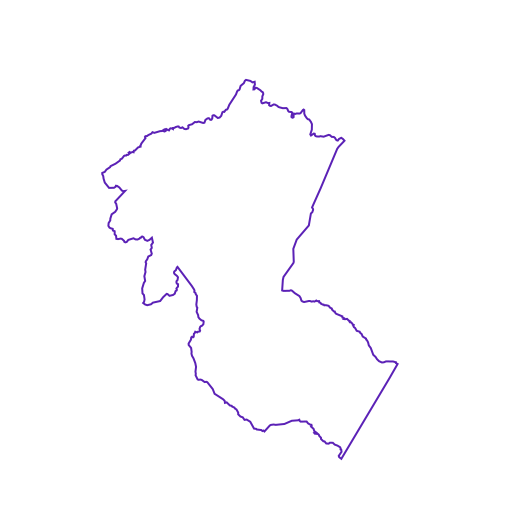 Alta Floresta, Mato Grosso, Brazil, rotated 116°
{"feature_id": "56859067B61506313751079", "entity_name": "Alta Floresta", "entity_type": "district", "adm_level": 2, "iso_a3": "BRA", "parent_name": "Brazil", "parent_adm1": "Mato Grosso", "projection": "albers", "projection_center": [-56.382, -10.043], "detail": "fine", "context": "isolated", "style": "outline", "palette": "violet", "viewbox_px": 512, "rotation_deg": 116, "n_neighbors": 0, "source": "geoboundaries", "source_scale": "gbopen_adm2", "svg_char_len": 6147}
<svg xmlns="http://www.w3.org/2000/svg" viewBox="0 0 512 512"><g transform="rotate(116 256 256)"><path d="M291.0,81.4L290.9,83.3L290.2,83.6L290.7,86.5L293.7,92.9L295.5,94.5L296.5,96.1L296.6,99.3L295.7,102.0L294.3,104.3L293.4,107.3L288.4,112.5L286.9,115.4L284.5,117.4L283.1,119.3L282.8,120.4L282.0,120.9L281.6,124.8L279.8,126.9L279.4,128.7L278.6,129.6L279.1,132.7L277.3,135.3L277.0,136.8L276.2,137.8L275.2,137.9L275.4,138.9L274.6,139.6L273.9,141.7L274.4,142.4L274.0,143.2L273.3,143.4L273.4,144.3L272.6,146.6L273.8,148.3L274.2,149.7L273.3,149.7L273.4,151.4L272.4,151.9L272.8,158.7L272.2,160.1L271.4,160.8L271.7,161.6L270.8,164.3L270.0,164.8L269.9,167.2L269.2,168.1L269.0,169.3L269.6,171.7L270.4,173.0L270.0,173.9L270.4,174.5L270.4,176.7L269.8,177.5L270.0,178.8L268.9,179.5L269.8,181.4L269.6,182.3L271.3,183.4L271.6,184.7L272.6,186.0L272.8,187.8L273.3,188.8L276.3,192.6L276.5,194.4L276.2,195.6L274.2,197.5L273.0,199.4L272.4,204.8L271.4,208.4L271.5,209.6L272.6,210.7L275.3,216.0L275.5,217.4L265.7,221.4L262.7,222.1L245.9,219.3L244.7,219.5L233.2,225.6L223.4,226.6L205.4,221.9L193.7,225.3L192.0,224.6L189.5,224.9L188.7,225.4L187.8,226.9L166.8,227.6L124.1,230.0L121.7,229.6L113.6,227.0L112.7,229.2L112.4,231.2L114.4,232.7L116.4,233.1L116.6,234.1L116.4,235.0L115.2,236.8L114.9,238.3L115.7,240.1L115.0,242.6L115.3,243.8L119.1,247.5L120.1,250.7L120.9,251.5L121.9,253.7L122.1,255.1L121.7,255.9L120.4,256.8L120.6,257.7L123.6,259.4L122.9,260.5L118.0,261.2L113.0,263.5L111.4,265.4L110.0,268.0L110.3,269.4L109.9,270.7L108.3,273.5L106.9,275.0L103.7,276.6L103.5,277.4L104.1,277.8L108.1,278.6L108.8,279.2L110.1,282.0L111.1,283.0L111.3,284.1L112.3,284.2L114.7,283.1L115.6,283.6L115.7,284.8L114.9,285.4L111.3,286.2L111.0,287.1L111.9,289.5L111.7,290.4L110.0,292.4L109.7,293.5L111.4,296.7L112.0,299.7L112.2,301.1L111.7,302.7L111.6,305.3L112.0,306.5L114.6,308.3L114.9,309.3L114.7,310.3L112.6,311.1L113.3,312.1L113.4,314.4L116.0,317.2L115.9,318.1L114.3,319.5L112.0,319.2L109.7,320.3L107.4,320.4L106.4,321.0L105.7,322.0L105.8,322.9L105.1,324.7L104.6,328.8L104.9,330.1L106.9,330.5L107.4,331.3L105.2,332.2L102.5,332.1L100.0,333.6L101.5,335.3L101.1,337.8L102.1,342.2L103.4,342.8L106.0,342.7L109.8,344.4L113.5,343.8L114.5,344.1L115.3,345.0L116.5,345.1L119.6,344.8L131.7,346.3L136.0,346.0L137.1,346.3L137.8,347.2L140.4,347.7L140.6,348.6L141.5,349.2L145.3,348.7L147.5,349.4L148.7,350.8L147.8,355.1L148.2,356.1L149.0,356.6L151.6,355.6L153.1,355.8L153.6,356.8L152.8,358.8L153.6,359.9L155.8,361.1L158.8,360.8L159.6,361.8L160.3,366.5L161.7,367.9L162.4,369.7L165.6,371.2L167.7,373.6L168.6,374.0L170.1,373.0L171.1,372.9L172.7,374.5L173.2,376.1L172.6,378.5L173.7,379.4L174.0,380.2L174.1,381.3L173.5,382.3L174.0,383.3L175.4,384.8L176.6,385.5L177.3,386.7L178.3,386.3L178.2,387.5L178.8,388.9L179.9,389.3L181.2,389.2L181.4,390.0L181.2,392.5L181.8,392.9L182.4,392.0L183.2,392.0L184.2,392.8L184.3,393.8L183.2,394.3L184.9,395.3L185.8,396.9L189.9,401.4L190.1,403.3L191.9,403.7L194.5,405.8L195.9,406.5L196.8,407.9L197.7,408.0L198.5,407.0L205.4,408.4L206.4,408.1L207.5,408.4L208.3,407.7L210.1,409.6L214.2,411.0L214.9,411.9L216.4,411.5L216.5,412.4L218.2,414.0L217.9,415.2L218.9,415.7L219.3,414.5L221.3,415.4L221.7,416.5L222.7,416.8L223.1,417.8L223.9,418.5L227.3,419.2L228.6,420.3L229.8,420.1L234.6,422.7L239.0,426.1L240.1,426.1L243.9,428.3L246.7,428.8L248.7,430.6L249.8,430.1L251.2,428.3L253.3,426.9L256.3,424.1L259.2,417.9L256.9,413.5L255.2,412.5L254.3,412.7L253.9,411.6L254.3,408.9L256.0,405.2L255.9,403.6L254.9,402.2L268.5,406.4L269.6,406.0L270.3,404.6L274.0,401.7L274.9,401.5L278.0,401.9L281.8,404.0L286.3,403.3L287.9,402.6L291.0,402.9L293.6,401.9L294.7,400.2L294.8,399.0L294.4,396.7L295.8,395.8L295.7,393.9L298.5,392.5L299.1,390.7L301.8,389.0L301.3,387.4L299.7,385.3L299.4,384.1L300.2,381.3L301.0,380.5L301.0,379.4L300.1,378.4L297.5,377.8L293.8,373.9L293.9,371.6L293.1,369.7L291.4,368.3L290.6,368.2L289.9,367.4L288.8,367.3L288.3,366.6L288.4,365.4L290.1,363.0L290.0,360.3L288.2,358.8L285.2,357.6L289.1,354.5L292.0,355.0L294.1,353.4L294.9,353.2L296.4,353.6L299.6,350.7L301.1,350.6L303.7,352.6L306.6,352.3L309.1,352.7L310.1,352.4L310.7,351.5L316.9,349.6L318.8,348.3L323.1,347.5L327.0,344.7L329.3,345.0L335.0,344.1L339.4,341.6L340.2,339.6L343.9,337.1L346.3,336.5L347.7,336.8L348.2,334.4L347.9,332.2L345.4,329.2L343.1,328.2L338.5,322.4L333.7,321.4L329.2,319.7L329.0,318.8L329.7,316.3L327.4,313.5L325.5,312.5L322.8,312.9L321.7,312.2L320.8,312.5L320.3,313.2L319.4,313.2L317.7,312.7L315.5,313.7L315.5,315.1L314.5,316.0L313.5,316.4L312.0,316.0L309.3,316.8L308.5,318.4L307.9,321.2L307.2,322.2L306.4,322.6L305.6,322.6L303.8,321.8L301.1,322.1L300.2,321.8L311.0,300.7L313.3,296.9L314.1,296.1L315.4,295.7L315.8,294.1L316.7,293.4L317.7,291.6L321.6,289.8L325.7,288.4L327.6,287.1L328.2,286.1L332.2,284.9L334.5,282.1L336.2,281.0L337.1,279.4L337.7,276.8L337.4,274.9L338.0,274.2L340.5,273.4L342.6,274.1L343.2,274.8L344.1,275.1L346.3,274.8L347.6,273.5L348.5,273.5L349.6,275.1L350.4,275.3L350.7,277.4L352.2,277.3L353.1,277.7L355.9,276.6L356.7,277.0L356.6,278.1L357.6,278.5L359.7,277.8L364.2,278.2L365.5,277.5L367.1,274.0L370.4,271.8L372.1,271.2L373.8,269.7L375.4,267.3L378.9,263.6L381.9,261.3L386.5,259.7L388.2,258.5L389.7,258.0L392.5,254.4L392.5,253.5L391.4,251.7L391.2,250.4L391.8,246.9L390.8,245.4L390.8,244.4L394.6,236.5L398.0,232.8L399.2,222.7L399.9,220.7L401.6,219.5L400.4,218.2L401.8,213.9L401.3,212.2L401.8,211.5L401.7,208.9L402.3,208.1L402.5,206.3L404.5,203.4L406.1,202.6L407.1,199.6L406.8,197.2L408.3,194.5L407.1,192.7L407.5,188.5L412.0,182.1L411.3,180.1L411.6,179.3L410.1,174.9L410.5,173.5L409.6,172.7L410.0,171.5L402.3,169.3L401.3,168.6L399.8,166.4L399.1,164.2L394.5,156.8L388.4,151.6L385.3,146.3L384.2,145.3L385.0,144.6L385.3,143.4L382.6,137.9L383.6,135.9L383.8,133.1L383.4,132.2L384.2,131.5L385.2,131.7L386.1,128.5L387.8,126.9L388.2,124.7L389.5,126.1L389.9,125.3L388.8,122.2L389.1,121.2L390.1,120.1L390.8,118.0L392.0,117.3L393.0,114.2L392.6,113.1L393.7,110.7L393.3,109.6L392.8,108.4L391.5,107.8L390.2,105.1L391.0,102.6L390.7,99.6L391.0,96.6L391.9,95.5L392.8,95.2L392.8,94.4L394.5,93.3L399.4,94.0L400.3,93.1L400.9,90.4L307.4,82.5L291.0,81.4Z" fill="none" stroke="#5b21b6" stroke-width="2"/></g></svg>